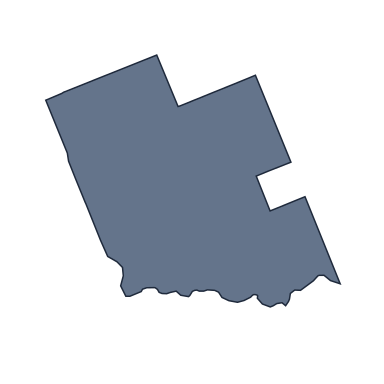 Beauregard, Louisiana, United States of America (orthographic projection), rotated 248°
{"feature_id": "52423323B21900392582772", "entity_name": "Beauregard", "entity_type": "district", "adm_level": 2, "iso_a3": "USA", "parent_name": "United States of America", "parent_adm1": "Louisiana", "projection": "orthographic", "projection_center": [-93.525, 30.643], "detail": "fine", "context": "isolated", "style": "filled", "palette": "slate", "viewbox_px": 384, "rotation_deg": 248, "n_neighbors": 0, "source": "geoboundaries", "source_scale": "gbopen_adm2", "svg_char_len": 1077}
<svg xmlns="http://www.w3.org/2000/svg" viewBox="0 0 384 384"><g transform="rotate(248 192 192)"><path d="M331.9,90.8L274.8,91.0L266.8,89.1L248.6,89.0L222.5,89.1L220.9,89.2L181.7,89.1L163.8,89.7L155.4,96.3L148.1,99.3L140.0,96.9L131.7,90.7L120.1,91.6L118.6,95.3L118.7,107.6L120.4,109.7L120.2,114.1L117.4,121.4L116.9,122.1L114.6,123.5L111.3,123.9L109.1,126.2L107.2,130.4L107.0,134.3L106.0,140.2L100.5,142.9L96.3,149.6L96.8,151.1L99.7,155.1L99.8,157.7L99.2,159.8L97.4,161.6L95.7,165.8L95.5,169.6L92.3,176.2L89.2,179.1L83.0,180.3L77.4,185.5L72.7,192.9L71.9,199.6L72.5,206.9L73.5,209.1L73.8,210.5L73.3,212.0L72.2,213.6L71.1,214.0L70.3,213.5L69.0,212.8L61.8,215.3L56.1,221.5L56.1,224.7L56.8,228.8L55.6,234.0L51.5,236.2L54.3,240.4L56.1,242.2L61.1,245.2L62.6,250.5L60.2,255.8L64.2,271.3L67.1,277.3L67.1,278.7L65.3,283.2L58.0,287.2L51.4,295.0L145.3,295.0L145.3,286.9L145.2,263.8L145.2,257.3L182.7,257.5L182.8,270.0L182.6,294.9L276.5,294.5L276.4,285.7L276.3,213.0L276.5,211.1L332.2,210.6L332.6,110.3L332.2,108.3L331.9,90.8Z" fill="#64748b" stroke="#1e293b" stroke-width="1.5"/></g></svg>